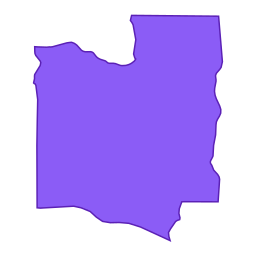 Collines, orthographic projection
{"feature_id": "BEN-2171", "entity_name": "Collines", "entity_type": "Department", "adm_level": 1, "iso_a3": "BEN", "parent_name": "Benin", "parent_adm1": "", "projection": "orthographic", "projection_center": [2.189, 8.101], "detail": "fine", "context": "isolated", "style": "filled", "palette": "violet", "viewbox_px": 256, "rotation_deg": 0, "n_neighbors": 0, "source": "natural_earth", "source_scale": "10m", "svg_char_len": 1538}
<svg xmlns="http://www.w3.org/2000/svg" viewBox="0 0 256 256"><path d="M210.4,162.6L210.5,163.3L211.8,165.3L213.7,170.1L217.7,174.5L219.1,176.9L219.6,179.3L218.1,201.8L184.0,201.7L181.8,201.8L179.3,208.7L178.9,213.4L180.0,217.8L179.7,219.6L177.3,220.4L175.6,221.5L170.5,228.9L168.5,232.5L168.9,236.5L170.1,240.6L140.5,227.0L128.8,223.3L119.2,222.5L110.4,222.7L102.6,221.4L96.3,217.1L90.2,211.5L81.1,207.8L73.7,206.2L40.3,208.1L37.1,207.8L37.1,204.9L37.0,171.8L36.9,145.4L37.3,118.8L37.7,99.7L35.9,85.4L35.1,83.9L34.1,83.5L33.6,82.9L34.5,78.8L34.5,75.9L34.7,74.5L40.2,65.5L40.8,62.5L40.1,60.9L35.8,55.5L35.0,53.6L34.8,51.6L34.7,46.7L37.7,46.9L46.6,47.2L49.7,46.9L50.5,47.0L52.4,46.8L66.7,42.9L69.4,42.5L71.4,42.3L72.4,42.6L74.2,43.3L75.6,44.2L76.9,45.2L81.3,50.1L82.0,50.6L82.7,51.0L83.6,51.4L84.5,51.6L85.5,51.8L90.6,51.7L91.5,51.9L92.3,52.2L93.1,52.7L93.6,53.2L96.1,56.4L97.3,57.6L98.7,58.5L100.3,59.3L105.1,60.8L105.8,61.2L107.7,62.8L108.5,63.1L109.4,63.3L113.4,63.3L115.4,63.6L120.0,65.3L121.0,65.5L122.0,65.6L125.9,65.4L128.7,64.6L130.7,63.7L132.1,62.8L134.4,61.0L135.7,59.0L134.8,58.0L133.6,54.0L135.8,39.7L133.1,24.8L131.9,22.5L130.4,20.5L131.6,15.4L218.6,16.2L222.0,56.9L222.4,61.7L221.1,67.4L219.8,69.3L216.5,73.1L215.6,75.2L215.6,76.6L216.0,79.7L216.0,81.3L214.7,88.2L214.5,91.4L215.1,95.3L216.4,99.0L219.7,106.0L220.8,109.5L220.7,113.2L219.4,116.2L217.7,119.0L216.4,121.8L216.0,124.9L215.6,134.9L213.6,145.4L213.0,156.0L212.4,157.4L210.7,160.6L210.3,161.9L210.4,162.6Z" fill="#8b5cf6" stroke="#5b21b6" stroke-width="1.5"/></svg>